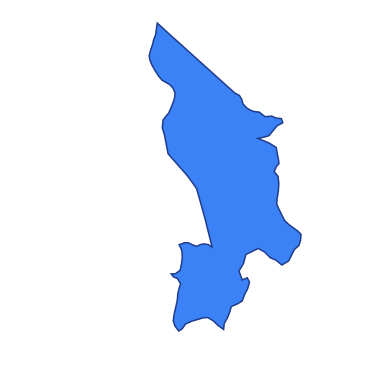 the district of Goianápolis, Goiás, Brazil, rotated 302°
{"feature_id": "56859067B32748378565005", "entity_name": "Goianápolis", "entity_type": "district", "adm_level": 2, "iso_a3": "BRA", "parent_name": "Brazil", "parent_adm1": "Goiás", "projection": "albers", "projection_center": [-49.075, -16.499], "detail": "fine", "context": "isolated", "style": "filled", "palette": "blue", "viewbox_px": 384, "rotation_deg": 302, "n_neighbors": 0, "source": "geoboundaries", "source_scale": "gbopen_adm2", "svg_char_len": 1700}
<svg xmlns="http://www.w3.org/2000/svg" viewBox="0 0 384 384"><g transform="rotate(302 192 192)"><path d="M316.9,73.0L311.9,75.2L306.1,77.8L300.7,78.8L296.5,80.3L289.7,81.9L284.8,83.5L281.3,86.7L278.3,91.0L275.2,96.6L272.6,102.3L270.9,107.6L271.3,115.7L270.2,120.5L266.9,125.3L261.6,127.7L254.0,129.3L246.7,130.4L242.8,129.8L237.7,129.3L230.7,132.8L225.5,138.7L211.7,151.5L203.5,178.9L201.2,184.8L197.3,194.1L193.1,198.7L184.9,207.8L175.4,218.1L156.0,238.1L156.0,233.7L154.6,230.0L152.0,227.1L148.3,224.6L147.4,219.8L147.0,215.9L145.2,212.7L140.5,209.0L137.1,214.3L131.6,218.3L125.9,221.0L119.3,223.4L113.8,221.2L111.5,217.7L110.2,221.2L110.9,225.6L108.1,230.9L102.8,232.3L97.7,234.1L92.8,236.7L87.6,238.6L79.5,241.4L73.0,244.2L69.3,248.6L67.1,254.4L70.4,256.1L76.6,256.5L82.1,260.1L91.4,268.3L93.9,271.9L94.0,278.4L92.6,285.0L92.2,291.7L97.3,289.1L104.7,288.7L110.7,287.5L115.7,286.0L121.0,289.7L126.0,292.3L133.4,290.9L139.2,290.5L146.1,288.5L148.5,284.3L144.1,281.3L149.8,273.7L158.6,273.6L167.5,270.8L179.1,278.0L179.6,285.2L177.7,293.4L178.7,299.2L177.7,306.9L184.7,310.5L197.5,309.3L203.1,311.0L208.7,309.6L213.8,306.9L214.9,302.7L215.7,291.3L216.9,285.7L219.8,280.8L221.9,277.5L223.8,274.3L226.7,270.3L231.0,267.9L235.8,265.9L239.0,264.5L245.4,261.0L250.9,256.6L252.9,250.9L258.6,250.1L262.1,250.7L264.8,248.6L268.8,244.8L274.4,239.8L274.4,231.5L272.4,219.5L277.7,225.0L280.5,227.4L288.1,228.4L293.3,229.1L298.8,232.3L301.6,228.9L299.3,224.2L298.6,219.4L294.6,214.1L295.4,206.8L293.1,201.8L292.3,197.9L292.3,193.7L293.7,188.7L297.1,184.8L299.0,181.0L298.6,175.9L299.8,169.1L312.4,97.6L313.0,94.0L314.0,88.5L314.9,83.7L316.9,73.0Z" fill="#3b82f6" stroke="#1e3a8a" stroke-width="1.5"/></g></svg>